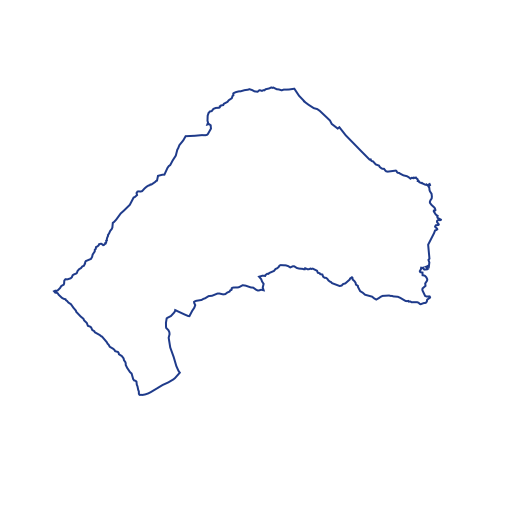 outline of Sogamoso, Boyacá, Colombia, rotated 110°
{"feature_id": "7082276B30941570566225", "entity_name": "Sogamoso", "entity_type": "district", "adm_level": 2, "iso_a3": "COL", "parent_name": "Colombia", "parent_adm1": "Boyacá", "projection": "robinson", "projection_center": [-72.881, 5.676], "detail": "fine", "context": "isolated", "style": "outline", "palette": "blue", "viewbox_px": 512, "rotation_deg": 110, "n_neighbors": 0, "source": "geoboundaries", "source_scale": "gbopen_adm2", "svg_char_len": 6073}
<svg xmlns="http://www.w3.org/2000/svg" viewBox="0 0 512 512"><g transform="rotate(110 256 256)"><path d="M214.2,375.5L219.0,374.8L219.6,375.5L220.8,376.0L224.6,378.7L224.9,379.7L225.9,380.1L226.5,381.1L228.3,382.5L230.6,383.8L234.0,385.2L234.9,386.5L235.5,388.6L236.0,389.4L237.7,389.8L239.4,388.6L242.1,390.1L242.9,391.0L251.1,392.1L258.6,395.7L262.3,397.7L269.6,399.8L272.5,401.0L273.8,401.9L278.4,400.7L280.0,400.8L282.3,401.6L285.2,401.8L287.0,402.3L287.6,401.9L289.7,402.1L291.5,401.9L292.2,401.5L292.9,402.0L293.8,401.5L295.1,401.5L295.4,402.0L296.0,401.7L296.8,402.4L297.4,402.5L298.1,403.3L297.4,405.3L297.5,405.9L298.6,407.5L299.8,407.5L301.2,408.3L302.4,409.4L304.1,409.0L305.3,409.6L306.8,409.1L310.5,410.0L312.9,409.7L315.2,410.1L319.0,414.2L320.3,414.4L321.7,414.0L322.1,414.3L323.9,414.3L325.3,415.7L327.2,416.3L328.9,417.7L331.3,418.6L333.0,418.5L333.8,418.8L335.8,421.0L336.8,421.7L339.0,421.8L340.4,422.6L342.2,424.9L342.7,425.7L342.8,426.8L343.3,427.3L344.8,427.7L347.5,426.9L348.7,426.9L350.8,428.7L353.2,429.2L356.2,430.6L356.9,431.4L357.2,432.7L358.2,433.7L359.1,432.1L358.7,430.5L358.9,429.5L359.9,428.2L361.7,424.0L362.0,422.1L361.8,420.2L362.5,419.6L362.9,418.1L363.9,416.4L364.6,413.4L367.0,410.0L369.0,406.5L369.9,405.9L372.8,400.1L374.0,396.7L375.3,395.5L376.8,392.1L379.1,390.1L379.1,387.8L379.5,386.5L381.5,384.6L382.0,382.2L382.8,381.4L383.7,375.8L384.4,373.9L384.4,373.1L388.1,366.6L389.1,365.6L389.8,364.1L391.3,362.4L392.0,358.6L392.6,357.0L393.6,355.8L393.4,352.9L394.1,351.9L395.2,351.2L395.9,347.9L397.5,345.4L399.1,344.4L400.3,342.6L401.3,341.8L403.0,341.1L405.2,338.8L408.2,334.7L409.0,332.7L413.7,329.3L414.6,328.0L414.5,326.5L414.9,325.4L417.7,324.0L419.0,322.8L422.1,320.9L423.3,319.8L425.6,318.9L426.3,317.9L425.3,315.0L424.0,312.8L422.1,310.4L420.0,308.4L409.1,299.6L404.8,295.2L400.3,291.5L398.5,290.4L391.7,287.7L390.4,289.6L386.7,293.2L379.1,298.8L371.3,305.3L362.7,310.1L359.0,310.5L357.2,311.4L355.7,312.9L354.3,315.8L353.4,316.3L349.5,317.8L345.2,318.6L344.5,318.2L341.5,315.4L337.2,313.6L335.5,313.2L334.5,313.4L335.4,302.9L335.6,299.2L335.3,298.0L329.3,297.2L325.7,296.3L322.9,296.3L321.3,298.0L320.3,298.5L319.6,298.0L318.6,296.9L315.9,292.1L314.3,290.8L313.2,289.4L309.9,286.8L308.4,283.7L304.5,279.4L303.8,277.7L303.3,273.7L302.3,271.8L300.2,270.5L298.5,268.7L297.0,268.4L296.3,267.5L295.9,267.4L294.7,267.8L294.1,267.5L293.3,266.3L291.7,262.2L290.9,261.1L288.0,258.5L287.4,255.6L287.3,250.1L286.7,247.8L287.7,244.2L287.8,242.5L287.4,241.5L285.9,239.6L285.6,237.1L283.3,238.9L279.6,239.3L277.9,241.6L276.0,243.2L274.4,246.0L272.2,243.0L271.6,240.6L270.7,240.6L268.9,239.4L268.5,238.2L267.4,237.7L263.9,234.0L261.5,233.2L260.3,231.9L258.5,230.9L257.2,230.7L256.2,229.9L254.6,224.8L254.5,222.3L255.0,219.9L253.0,217.8L252.6,216.5L253.3,213.6L253.1,211.3L252.1,207.6L252.1,206.4L251.8,205.6L250.7,205.6L250.8,202.7L250.0,201.3L249.2,200.6L249.3,199.6L248.6,198.7L248.5,198.1L249.0,193.6L250.6,192.2L250.4,190.3L251.1,189.4L250.7,187.3L252.5,185.8L253.0,184.1L252.6,182.8L252.7,182.3L253.1,181.1L254.2,179.6L254.8,177.7L254.8,176.7L255.5,175.3L255.6,167.1L254.5,165.4L252.6,164.6L251.2,162.7L246.1,159.9L245.0,159.9L243.2,158.6L243.6,157.8L245.0,157.2L246.0,154.8L247.2,153.2L248.7,152.3L249.2,150.1L250.3,149.5L253.4,146.1L254.0,143.1L255.1,140.3L254.5,133.0L255.4,130.5L255.8,128.1L253.6,126.2L251.6,124.8L250.2,123.4L247.6,117.4L247.5,115.9L247.0,114.5L247.0,113.2L245.8,108.7L246.0,106.1L247.1,100.1L246.8,98.7L246.1,97.4L246.6,96.8L246.0,95.5L246.2,93.9L244.3,88.7L244.3,87.3L245.0,85.7L245.0,84.8L242.9,82.3L242.0,80.5L240.4,79.9L238.5,80.2L235.7,78.3L235.2,78.3L234.6,79.1L235.7,81.7L235.7,83.4L231.5,87.7L230.7,88.2L229.5,88.4L226.1,86.5L223.9,87.6L220.6,86.8L219.3,87.1L217.8,88.6L217.0,90.1L216.8,91.0L217.1,92.9L214.6,93.9L215.0,96.1L214.2,96.9L212.1,96.5L210.5,96.8L210.4,96.3L210.8,96.1L209.7,94.7L210.9,94.0L211.2,93.2L210.0,90.6L209.3,90.1L208.0,92.5L207.6,91.8L206.8,91.5L207.1,89.9L202.8,90.9L200.7,92.6L199.2,92.1L186.5,98.1L173.6,96.5L170.8,96.5L169.8,95.3L168.8,94.8L168.3,95.3L167.5,97.4L167.0,97.8L165.6,97.5L164.5,95.3L164.0,95.0L163.5,95.4L162.4,97.3L161.7,97.7L161.0,97.8L160.0,97.2L159.3,95.1L159.0,94.7L158.6,94.7L158.1,98.3L157.2,99.1L156.2,99.0L155.6,101.2L153.3,104.2L152.5,104.4L152.0,103.3L151.5,103.1L150.0,104.2L149.4,105.1L147.9,108.7L146.5,110.8L145.3,111.2L143.8,111.1L141.9,110.6L140.1,111.0L137.5,112.3L135.8,114.6L134.7,115.5L132.6,116.5L131.8,117.6L131.2,117.6L130.1,116.8L129.7,117.4L129.4,117.1L129.0,117.5L130.9,119.1L130.5,120.2L130.9,120.3L131.1,121.4L130.9,123.9L130.6,124.9L130.9,125.0L130.8,127.8L130.0,128.6L130.2,129.5L129.5,129.5L129.0,130.4L128.5,130.6L128.1,131.9L127.6,132.6L128.2,133.2L128.2,133.8L128.9,134.4L128.6,135.0L129.2,135.5L129.3,136.5L130.5,137.3L129.7,139.6L129.4,141.6L129.8,145.1L129.3,149.0L129.0,149.7L129.3,151.2L129.1,152.0L128.1,153.1L127.9,153.8L131.7,161.1L131.9,162.6L131.6,163.5L130.3,165.5L130.8,167.1L130.7,168.1L130.0,170.2L129.0,171.3L129.0,174.8L127.1,178.3L127.2,179.6L126.9,180.5L126.0,181.3L126.6,182.2L121.7,192.6L111.9,213.0L106.5,221.7L108.3,222.8L106.0,230.0L103.4,232.8L97.8,245.7L97.0,248.7L97.3,252.3L95.9,258.4L94.4,263.4L94.2,263.3L90.7,270.4L85.7,277.2L88.4,282.2L90.2,286.9L91.5,288.5L91.7,291.6L92.2,293.5L91.8,297.4L92.4,298.1L92.4,299.3L94.0,300.9L96.1,304.1L97.4,304.7L97.6,305.7L98.8,306.9L98.9,309.1L99.2,309.6L101.1,310.7L101.8,313.8L101.4,316.3L101.5,319.3L102.4,320.3L104.1,323.5L106.5,326.8L107.2,328.5L109.0,331.1L110.7,332.8L111.4,332.9L112.7,332.2L113.7,332.8L116.0,332.7L119.0,334.9L120.9,335.5L124.0,338.3L125.4,338.4L126.5,340.4L127.3,340.6L127.7,341.2L128.7,340.9L129.3,341.4L130.6,344.4L132.3,346.3L135.0,347.2L136.1,348.9L137.3,349.2L137.7,349.5L140.7,349.4L145.6,347.8L147.0,346.7L149.1,346.7L148.1,345.3L148.7,343.3L151.7,341.9L158.1,343.0L158.9,343.5L159.8,344.8L161.0,348.4L163.9,354.5L167.5,363.1L172.2,363.9L178.0,365.9L181.5,366.0L183.0,366.3L189.1,365.7L194.8,367.0L199.9,367.7L201.3,368.7L203.5,369.3L210.9,369.9L211.6,371.7L214.2,375.5Z" fill="none" stroke="#1e3a8a" stroke-width="2"/></g></svg>